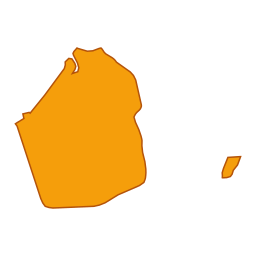 map outline of Dubay (Robinson projection)
{"feature_id": "ARE-350", "entity_name": "Dubay", "entity_type": "Emirate", "adm_level": 1, "iso_a3": "ARE", "parent_name": "United Arab Emirates", "parent_adm1": "", "projection": "robinson", "projection_center": [55.527, 24.951], "detail": "fine", "context": "isolated", "style": "filled", "palette": "amber", "viewbox_px": 256, "rotation_deg": 0, "n_neighbors": 0, "source": "natural_earth", "source_scale": "10m", "svg_char_len": 1165}
<svg xmlns="http://www.w3.org/2000/svg" viewBox="0 0 256 256"><path d="M17.7,122.3L18.5,121.8L23.9,118.5L22.9,113.9L29.2,112.4L30.1,113.2L44.6,95.3L64.3,68.6L65.3,65.0L65.2,61.9L68.8,58.4L71.9,58.9L74.8,63.3L75.8,66.4L75.0,69.3L72.4,73.5L77.8,71.7L78.8,67.7L77.4,62.8L73.5,55.2L73.0,53.4L74.0,51.4L77.0,48.0L77.4,48.3L87.3,51.2L92.8,50.8L99.2,48.4L101.0,48.0L102.1,49.1L104.2,52.3L105.8,53.9L112.1,57.7L113.6,58.8L115.1,60.3L116.5,62.2L130.3,72.0L133.4,75.4L135.7,80.0L141.3,104.7L141.4,106.1L141.0,107.5L140.3,108.9L139.2,110.2L136.8,112.4L135.8,113.6L135.2,114.5L134.0,116.9L134.0,117.2L135.5,122.3L138.8,129.6L141.0,136.0L141.7,138.8L142.0,140.5L141.9,145.8L142.6,152.4L144.9,161.8L145.8,168.9L145.9,172.7L145.7,175.6L145.4,178.1L144.9,179.8L143.9,182.4L139.5,185.5L118.1,194.8L105.1,202.8L99.3,205.1L93.9,206.3L52.9,208.0L49.0,207.5L45.2,206.3L42.8,203.0L40.8,198.6L17.1,126.1L15.4,123.8L16.3,123.2L16.9,122.8L17.3,122.5L17.7,122.3ZM240.6,156.6L237.5,165.0L233.3,170.3L232.1,174.2L230.4,176.5L226.7,177.6L222.6,177.8L222.3,177.7L222.4,175.9L222.2,172.8L223.5,168.4L227.9,157.4L240.5,156.6L240.6,156.6Z" fill="#f59e0b" stroke="#b45309" stroke-width="1.5"/></svg>